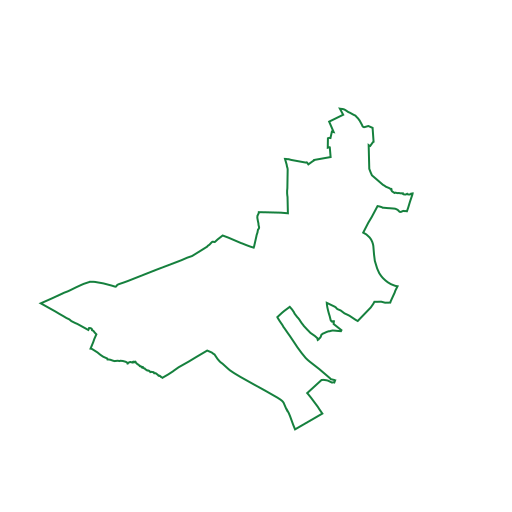 outline of Romanesti, Iasi, Romania, rotated 306°
{"feature_id": "2599482B96915203273112", "entity_name": "Romanesti", "entity_type": "district", "adm_level": 2, "iso_a3": "ROU", "parent_name": "Romania", "parent_adm1": "Iasi", "projection": "natural_earth1", "projection_center": [27.339, 47.277], "detail": "fine", "context": "isolated", "style": "outline", "palette": "green", "viewbox_px": 512, "rotation_deg": 306, "n_neighbors": 0, "source": "geoboundaries", "source_scale": "gbopen_adm2", "svg_char_len": 6032}
<svg xmlns="http://www.w3.org/2000/svg" viewBox="0 0 512 512"><g transform="rotate(306 256 256)"><path d="M398.7,345.9L398.4,345.5L397.5,345.1L397.4,344.8L396.9,344.8L396.1,344.2L395.5,343.3L395.2,342.8L395.1,342.6L395.0,342.0L395.1,341.7L394.2,341.3L393.5,340.7L392.7,339.3L392.6,338.8L392.6,338.4L393.0,337.9L392.5,337.5L392.3,336.9L391.7,336.2L391.1,334.9L390.9,334.5L390.2,333.8L389.1,331.4L388.4,331.0L388.3,328.1L388.8,326.8L389.7,326.4L389.8,326.0L389.3,325.3L389.2,323.7L388.4,320.4L388.4,318.5L388.2,316.9L389.4,302.4L390.9,299.8L393.1,296.4L411.9,282.0L411.9,282.9L412.1,283.7L416.9,283.7L417.5,284.0L428.2,275.0L427.2,270.5L423.9,267.9L423.6,267.4L423.5,266.8L423.6,265.9L424.3,264.8L426.6,260.0L426.8,259.0L427.1,258.4L427.3,257.6L427.6,255.7L428.0,253.9L427.6,251.9L427.1,247.7L426.7,246.1L426.6,242.6L426.4,241.2L425.9,239.8L424.8,237.9L424.5,237.3L421.5,243.5L407.7,236.2L401.9,246.0L401.2,244.3L395.2,246.9L395.0,246.5L394.5,245.7L393.5,245.0L385.8,250.4L387.1,251.4L387.3,251.7L387.2,251.9L379.9,258.2L368.5,247.2L367.9,246.7L367.8,246.9L365.5,246.0L360.9,244.5L361.5,242.6L361.6,242.0L360.8,241.3L354.5,228.2L353.6,225.9L353.6,225.6L353.0,224.8L352.0,223.0L351.6,222.4L348.1,226.9L346.5,228.6L345.7,229.7L344.8,230.6L344.0,231.2L329.3,241.5L327.1,242.8L324.9,244.4L323.2,245.9L322.3,246.8L309.3,256.7L305.7,250.7L297.1,238.2L293.1,232.5L292.3,233.0L289.2,233.6L288.8,233.9L287.7,234.6L285.4,237.0L283.8,238.8L282.6,239.8L281.1,241.6L279.9,242.2L279.6,242.2L278.6,242.1L276.6,243.0L276.1,243.3L273.3,244.2L272.0,244.8L262.7,248.8L261.4,249.2L260.3,246.0L259.1,241.7L258.0,237.3L257.7,236.5L254.6,222.8L253.0,217.0L251.7,216.6L246.8,215.2L243.3,214.5L243.0,214.3L242.8,214.1L242.3,212.8L241.9,212.4L241.4,212.2L240.3,212.0L237.8,211.7L235.9,211.0L234.9,211.0L218.4,204.3L214.3,201.4L208.7,198.1L186.2,183.4L160.4,167.0L157.0,164.7L152.9,161.8L152.1,161.3L151.1,160.8L149.1,160.7L148.8,160.6L148.6,160.4L148.2,159.5L147.3,156.8L144.2,148.8L143.1,146.5L142.1,144.5L140.4,141.0L139.6,139.7L137.8,137.2L137.6,136.8L136.9,136.4L136.1,135.8L132.2,133.0L130.0,131.7L125.0,128.9L118.9,125.7L116.6,124.4L113.6,122.4L101.9,115.9L91.2,109.7L93.2,126.4L93.6,131.1L94.1,135.5L94.4,139.1L95.0,142.2L94.9,143.7L94.8,144.5L94.9,145.5L95.5,149.1L96.0,151.2L96.2,152.6L97.6,163.8L99.1,163.5L100.4,163.1L100.2,163.3L100.1,163.7L100.1,164.1L100.5,165.1L100.5,165.8L100.2,166.5L99.6,167.0L99.8,167.7L99.8,168.5L99.6,169.5L99.3,170.2L98.8,172.9L93.7,174.0L90.8,174.9L83.8,176.6L84.1,177.2L84.4,178.1L84.8,184.4L84.6,187.7L84.6,188.9L84.7,191.6L85.6,195.8L85.0,196.7L85.4,197.2L85.6,197.5L86.4,199.0L87.2,201.7L87.8,203.3L89.9,205.6L90.9,207.5L91.5,207.8L92.8,210.0L93.8,212.7L94.0,213.9L93.8,214.9L93.5,215.3L93.7,215.5L94.4,215.4L94.7,215.5L96.3,216.5L96.5,216.8L96.7,217.7L97.5,218.4L97.9,218.6L97.5,219.0L98.0,219.5L98.3,219.9L99.0,219.9L99.4,220.2L99.6,220.4L99.6,220.7L99.1,221.6L99.0,222.1L98.8,223.9L98.8,224.1L99.0,224.6L98.8,226.0L98.9,226.4L98.6,226.8L99.0,227.6L99.1,227.8L98.9,228.5L99.0,228.8L98.9,229.0L99.5,229.3L99.6,229.5L99.2,229.7L99.0,229.9L99.2,230.6L99.1,230.8L99.3,231.3L99.4,231.5L99.6,232.0L99.4,232.7L99.3,233.3L99.5,234.6L99.4,235.2L99.5,235.5L100.0,236.0L100.1,236.5L100.3,237.1L100.1,237.6L100.2,238.4L100.0,238.8L100.7,239.3L101.0,240.0L101.7,241.2L101.8,241.5L101.7,241.7L101.5,241.9L101.3,242.6L102.2,243.7L102.2,245.3L102.1,246.8L101.9,247.3L101.9,247.6L102.3,248.0L102.2,248.3L102.5,248.6L102.5,249.6L102.3,250.2L102.4,250.5L102.4,250.8L102.6,251.5L102.5,251.9L108.6,254.6L114.1,256.7L114.9,256.9L120.5,258.8L131.2,263.7L139.3,267.1L150.8,272.1L151.3,274.2L151.9,276.9L151.9,277.7L151.8,279.1L152.0,280.2L151.8,280.7L150.1,285.4L149.4,288.4L149.2,289.8L149.2,292.2L148.4,299.5L148.2,302.0L148.3,305.3L148.4,307.4L149.0,314.3L150.8,329.5L152.6,343.8L153.0,347.5L154.0,356.5L154.2,360.2L154.1,362.4L153.8,363.7L153.5,364.6L150.3,370.0L149.4,371.8L149.6,371.8L149.5,372.0L148.2,374.8L146.5,377.6L141.3,385.3L138.7,389.5L167.5,402.3L169.3,397.2L170.3,394.7L173.6,384.1L174.7,380.1L175.2,378.0L194.2,381.9L195.6,383.6L197.0,386.3L197.5,387.6L198.2,391.7L198.4,392.0L199.5,393.1L199.7,393.7L201.9,393.1L201.6,392.5L201.7,392.2L200.4,389.1L200.3,388.8L200.4,388.4L200.5,388.1L200.6,387.7L201.7,373.7L202.1,361.7L202.3,358.9L202.7,356.1L204.3,350.0L206.5,343.1L208.3,338.3L211.2,330.4L212.4,326.8L214.3,321.4L214.7,320.0L215.3,318.8L216.0,317.1L216.3,316.1L217.4,313.1L218.8,309.7L219.1,309.2L225.2,310.4L228.0,311.1L234.7,313.2L233.9,316.7L232.7,320.0L232.1,320.9L230.8,325.3L230.6,326.5L230.1,328.3L229.5,329.8L228.5,332.5L227.9,334.8L227.7,335.2L227.5,335.9L226.5,341.1L226.3,342.4L225.8,345.1L225.8,345.9L225.9,350.6L225.6,353.8L224.4,355.3L225.4,355.7L226.4,355.6L227.4,355.9L228.4,355.9L229.2,355.7L230.8,355.2L231.0,355.2L231.9,355.6L232.5,355.7L233.4,356.3L236.1,357.8L237.9,359.1L238.4,359.8L239.6,360.7L240.8,361.8L242.1,363.9L243.5,366.3L245.1,368.9L246.2,368.7L246.6,358.8L248.1,357.8L249.0,357.4L248.9,357.2L248.4,357.2L247.8,356.5L247.7,356.3L247.9,356.1L248.0,355.8L247.9,355.5L247.6,355.4L247.8,354.5L248.0,354.1L250.7,350.9L252.5,348.5L254.3,346.3L256.3,344.0L258.3,342.0L259.7,340.8L261.3,349.6L261.3,351.1L261.0,351.9L260.9,353.1L261.7,356.5L261.6,361.3L262.2,364.3L262.6,366.7L262.9,374.1L263.2,376.5L281.8,379.1L286.4,379.0L288.5,378.7L289.9,380.6L292.6,384.1L292.8,384.6L294.1,387.9L297.2,392.0L298.9,391.5L307.9,389.7L309.8,389.1L314.7,388.3L313.7,386.2L313.4,385.1L312.7,382.4L312.5,381.5L312.2,378.0L312.3,375.2L312.7,371.9L313.1,370.1L313.5,368.7L314.5,365.9L316.6,362.2L317.3,361.1L321.9,355.0L326.6,350.6L333.1,345.0L334.4,343.6L335.7,341.8L337.0,339.4L337.3,338.5L337.8,337.0L338.2,333.7L338.3,332.4L337.9,329.0L348.9,327.3L355.6,326.7L367.8,325.0L368.7,326.9L369.4,329.0L369.6,330.3L370.2,331.1L372.4,334.8L373.2,336.0L375.8,340.3L376.2,341.2L376.6,343.5L376.5,344.1L376.2,345.9L376.3,346.5L376.6,347.0L377.0,347.4L378.7,348.4L379.1,348.7L379.5,349.6L380.2,350.5L380.9,351.8L384.3,350.8L390.3,348.7L397.3,346.5L398.7,345.9Z" fill="none" stroke="#15803d" stroke-width="2"/></g></svg>